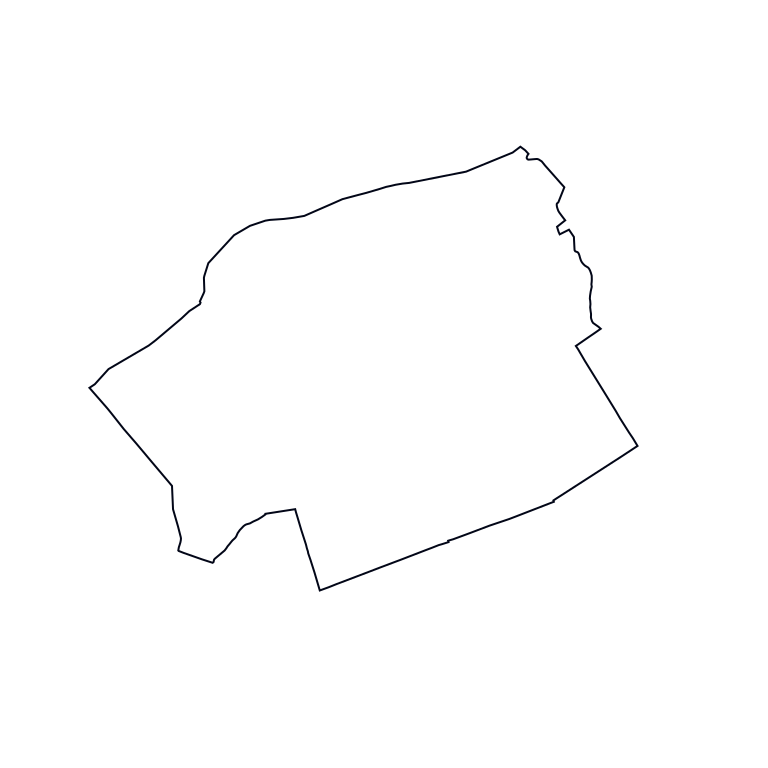 the district of Cascioarele, Calarasi, Romania, rotated 140°
{"feature_id": "2599482B95938588353719", "entity_name": "Cascioarele", "entity_type": "district", "adm_level": 2, "iso_a3": "ROU", "parent_name": "Romania", "parent_adm1": "Calarasi", "projection": "albers", "projection_center": [26.457, 44.135], "detail": "fine", "context": "isolated", "style": "outline", "palette": "ink", "viewbox_px": 768, "rotation_deg": 140, "n_neighbors": 0, "source": "geoboundaries", "source_scale": "gbopen_adm2", "svg_char_len": 2794}
<svg xmlns="http://www.w3.org/2000/svg" viewBox="0 0 768 768"><g transform="rotate(140 384 384)"><path d="M329.6,184.6L329.1,185.9L325.6,185.5L249.4,175.9L229.6,173.6L228.2,182.5L227.5,189.2L225.2,206.4L223.8,214.3L220.4,237.3L215.3,272.5L213.7,281.8L213.0,285.8L212.8,287.8L212.6,289.8L197.5,288.4L187.3,287.4L182.5,287.0L182.9,289.9L183.9,293.7L184.6,296.4L184.3,298.3L183.3,300.9L182.5,302.2L181.2,303.6L180.3,304.7L178.9,307.0L176.8,310.2L174.5,312.5L172.6,315.1L171.5,317.0L169.5,319.1L166.1,322.1L162.4,324.9L161.0,327.1L159.4,328.6L157.7,330.4L155.3,333.4L154.0,336.3L153.2,338.6L152.8,340.6L152.8,342.0L153.6,344.4L154.0,345.7L154.2,347.6L154.2,349.8L153.8,351.9L152.7,354.7L151.7,356.8L151.0,358.8L150.9,359.9L151.0,360.6L151.7,361.8L152.2,362.7L152.0,364.0L150.9,365.5L144.0,374.6L143.1,383.3L153.2,385.7L152.4,388.5L150.4,393.2L143.4,393.0L140.0,392.9L139.8,397.7L139.5,402.6L139.2,404.5L138.5,406.5L137.7,408.4L136.9,409.7L136.1,410.7L135.7,411.0L135.4,411.1L134.0,411.1L133.5,411.2L119.4,418.8L119.4,419.5L119.6,424.8L119.8,433.2L120.0,440.9L120.1,444.4L120.2,447.9L120.1,452.1L120.1,453.2L121.2,456.7L122.1,458.0L124.0,459.4L125.6,460.5L129.0,462.9L129.6,463.8L129.6,465.0L129.1,465.8L128.0,466.5L126.9,467.0L125.9,467.3L125.4,467.4L125.5,469.8L125.6,472.2L127.0,478.1L136.7,478.6L176.4,491.3L184.6,493.9L235.5,521.9L240.8,525.5L247.1,529.2L251.3,531.3L255.6,533.6L261.7,536.1L274.7,541.8L282.9,545.7L297.0,552.3L309.1,555.8L325.7,560.7L337.0,564.0L346.8,569.7L354.6,574.8L366.0,583.1L369.9,585.4L385.0,591.3L403.2,594.4L440.9,589.5L452.0,582.4L453.7,581.1L462.0,570.5L463.7,569.5L472.0,565.6L472.2,564.3L473.7,563.5L486.3,565.0L497.0,564.4L530.9,564.3L539.6,564.7L585.4,572.5L605.7,569.7L612.1,570.4L612.0,564.1L611.6,543.8L611.6,542.0L611.7,536.6L612.3,516.8L612.0,497.6L612.0,473.5L611.9,442.2L626.1,423.7L633.4,407.2L638.1,397.4L638.8,396.2L640.1,394.9L641.7,393.6L644.0,392.1L646.1,390.8L648.6,388.7L648.6,388.1L646.1,383.5L636.1,366.6L630.2,357.2L629.0,357.2L627.2,358.6L626.1,358.9L625.0,358.9L621.4,358.9L615.8,358.9L613.1,358.9L610.4,359.5L608.2,360.2L605.2,360.7L602.3,361.3L600.5,361.6L597.5,361.7L596.2,361.9L594.8,362.4L592.0,363.8L588.3,364.8L583.0,365.4L581.2,365.3L579.8,365.0L576.3,363.4L572.6,362.7L567.6,361.3L562.8,360.6L558.7,360.3L558.3,360.8L532.5,345.2L533.8,342.5L535.8,337.8L541.4,324.9L542.4,322.4L546.8,311.6L547.4,310.3L548.5,308.1L548.9,307.2L549.9,304.7L550.9,303.0L553.5,296.2L554.5,293.8L558.4,284.3L565.9,267.1L563.7,266.3L557.1,263.9L554.1,262.9L548.9,261.2L528.0,253.9L504.0,245.6L487.8,239.9L485.3,239.0L458.2,229.7L452.8,227.8L445.6,225.4L442.7,224.1L436.2,221.4L435.6,222.7L434.4,222.2L430.8,220.6L418.0,216.0L413.5,214.4L394.3,207.7L374.9,200.1L367.4,197.5L334.2,186.2L329.6,184.6Z" fill="none" stroke="#020617" stroke-width="2"/></g></svg>